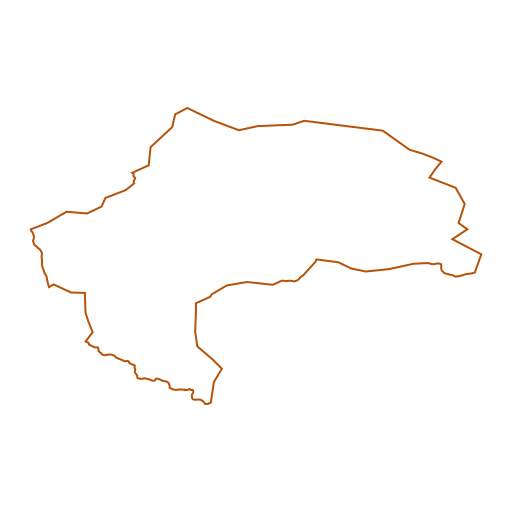 Tu'nel, Hövsgöl, Mongolia (Natural Earth projection)
{"feature_id": "93677404B36184620186836", "entity_name": "Tu'nel", "entity_type": "district", "adm_level": 2, "iso_a3": "MNG", "parent_name": "Mongolia", "parent_adm1": "Hövsgöl", "projection": "natural_earth1", "projection_center": [100.473, 49.769], "detail": "fine", "context": "isolated", "style": "outline", "palette": "amber", "viewbox_px": 512, "rotation_deg": 0, "n_neighbors": 0, "source": "geoboundaries", "source_scale": "gbopen_adm2", "svg_char_len": 5528}
<svg xmlns="http://www.w3.org/2000/svg" viewBox="0 0 512 512"><path d="M30.7,229.4L31.3,231.0L32.4,232.1L33.4,234.6L34.0,236.1L33.7,239.0L33.1,240.5L33.1,241.2L33.5,242.2L33.8,243.2L34.2,244.6L36.8,246.8L38.7,248.6L39.8,249.4L41.1,251.3L41.9,252.8L41.9,254.1L41.7,255.7L41.6,257.7L42.0,259.6L42.1,260.9L42.0,262.6L41.9,263.8L42.3,266.6L42.5,267.3L43.2,269.0L44.0,271.3L44.8,273.6L45.6,274.8L46.6,276.6L46.8,278.4L47.6,282.1L48.4,285.2L49.0,287.1L53.6,284.4L71.0,292.5L84.9,292.9L85.5,312.7L88.2,321.0L92.7,332.2L85.6,341.4L85.9,341.7L86.4,342.0L87.0,342.2L87.7,342.3L88.0,342.4L88.5,342.7L88.9,344.4L90.9,345.5L91.5,345.8L92.0,346.0L92.5,346.3L92.8,346.3L93.1,346.5L93.6,346.9L94.1,347.2L94.5,347.3L95.0,347.4L95.6,347.4L95.9,347.4L96.4,347.3L96.9,347.3L97.4,347.3L97.7,347.4L98.0,347.6L98.2,347.9L98.3,348.1L98.3,348.5L98.3,348.8L98.4,349.1L98.5,349.4L98.6,350.4L98.5,350.7L98.5,351.1L98.6,351.3L98.9,351.5L99.4,351.9L99.8,352.2L100.2,352.5L100.6,352.6L100.8,352.8L101.0,353.0L101.3,353.5L101.5,353.7L102.0,354.2L102.3,354.6L102.5,354.7L102.9,354.9L103.5,355.0L104.0,355.1L104.6,355.2L105.1,355.2L105.4,355.1L105.6,355.1L105.8,355.0L106.2,355.0L106.4,354.9L106.6,354.8L107.0,354.8L107.5,354.8L107.9,354.7L108.4,354.7L108.9,354.6L109.3,354.5L109.7,354.5L110.7,354.5L111.2,354.6L111.7,354.7L112.2,354.8L112.4,354.8L112.9,355.1L113.5,355.4L113.9,355.5L114.3,355.7L114.6,355.9L115.1,356.4L115.5,356.8L115.9,357.3L116.4,357.7L117.0,357.9L117.5,358.1L117.9,358.3L118.6,358.7L119.2,358.9L120.0,359.2L121.0,359.7L121.5,359.8L121.9,359.9L122.3,360.0L122.7,360.3L123.1,360.5L123.5,360.7L123.9,360.9L124.3,361.1L124.8,361.3L125.1,361.3L125.5,361.2L125.9,361.1L126.6,361.0L127.3,361.0L127.9,361.1L128.6,361.4L129.1,361.8L129.2,362.2L129.1,362.7L129.2,362.8L129.3,362.9L129.5,363.0L130.1,363.4L130.5,363.6L130.9,363.8L131.4,364.1L131.7,364.3L132.0,364.4L132.3,364.4L132.9,364.6L134.0,365.1L134.5,365.3L134.7,365.5L134.7,365.9L134.7,366.4L134.7,366.8L134.7,367.3L134.6,367.5L134.6,367.8L134.7,368.2L135.1,368.8L135.2,369.1L135.2,369.7L135.2,370.3L135.0,370.8L134.9,371.0L134.8,371.7L134.9,371.9L134.9,372.2L135.0,372.5L135.3,373.0L135.5,373.4L135.8,373.7L136.0,374.1L136.4,374.4L136.7,374.8L136.9,375.1L137.1,375.5L137.2,375.9L137.2,376.1L137.2,376.6L137.3,377.0L137.4,377.8L137.5,378.0L137.9,378.3L138.4,378.4L138.8,378.5L139.4,378.6L139.9,378.7L140.5,378.8L140.9,378.8L141.3,378.8L141.9,378.8L142.3,378.7L142.7,378.6L143.2,378.6L143.8,378.5L144.4,378.3L145.0,378.3L145.3,378.3L145.9,378.5L146.5,378.7L147.1,378.9L147.7,379.1L148.0,379.2L148.6,379.3L149.1,379.4L149.7,379.5L149.9,379.5L150.4,379.7L150.7,379.8L150.8,379.9L151.2,380.2L151.7,380.5L152.2,380.6L152.6,380.7L153.4,380.7L154.1,380.7L154.5,380.6L154.8,380.4L155.0,380.2L155.4,379.8L155.6,379.4L155.8,379.1L156.3,378.7L156.5,378.6L156.9,378.6L157.0,378.6L157.5,378.7L157.8,378.8L158.4,379.0L159.1,379.2L159.8,379.4L160.4,379.7L160.8,380.0L161.3,380.3L161.6,380.4L162.3,380.7L163.1,380.8L163.8,381.0L164.7,381.1L165.5,381.3L166.3,381.5L166.9,381.7L167.4,382.0L167.8,382.4L168.2,382.7L168.6,383.2L169.0,383.9L169.2,384.6L169.4,385.1L169.7,385.6L169.7,385.9L169.7,386.4L169.7,387.2L169.6,387.7L169.7,387.8L169.9,388.0L170.4,388.2L171.0,388.5L171.7,388.9L172.5,389.2L173.2,389.4L173.8,389.6L174.5,389.7L175.4,389.8L176.4,389.9L176.8,389.9L177.0,389.8L177.3,389.7L178.0,389.7L178.3,389.6L178.7,389.6L179.2,389.6L180.0,389.5L180.9,389.4L181.6,389.3L182.2,389.5L183.2,389.8L184.1,389.7L184.6,389.7L185.0,389.7L185.0,390.0L186.2,390.0L186.9,390.0L187.6,389.9L188.1,389.7L188.5,389.4L188.8,389.2L189.1,389.1L189.5,389.0L189.9,389.1L190.1,389.2L190.2,389.6L190.5,389.8L191.0,389.9L191.6,390.0L191.9,390.0L192.7,390.0L192.8,390.1L193.1,390.4L193.2,391.0L193.2,391.5L193.2,392.1L193.2,392.5L193.1,392.9L193.0,393.0L192.9,393.2L192.8,393.5L192.4,393.9L192.1,394.4L191.9,394.8L191.8,395.1L191.7,395.6L191.8,395.9L191.8,396.2L191.9,396.8L192.0,397.4L192.1,397.9L192.2,398.4L192.4,398.6L192.6,398.9L192.8,399.1L193.1,399.3L193.7,399.6L194.1,399.7L194.8,399.7L195.3,399.7L195.5,399.7L196.1,399.6L197.2,399.7L198.2,399.5L200.2,399.7L201.5,400.2L202.3,400.8L203.1,401.3L204.1,402.4L204.8,403.6L206.1,404.0L207.4,404.0L208.1,403.9L208.9,403.3L209.7,403.1L210.8,402.7L213.9,382.1L221.9,368.7L212.9,359.7L197.3,346.4L195.2,331.8L196.0,309.2L195.9,303.2L210.2,296.8L211.9,294.2L226.7,285.5L247.0,282.0L272.9,284.8L280.7,281.1L281.8,280.7L284.2,280.8L286.2,281.1L287.4,281.0L289.1,280.7L291.0,280.8L293.8,281.3L294.8,281.3L297.5,280.3L299.3,278.6L300.0,277.7L301.0,276.8L303.5,275.0L315.3,262.0L316.4,259.4L338.4,262.3L351.4,268.6L351.5,268.6L366.0,271.5L389.1,269.1L413.3,263.8L424.3,263.2L428.1,263.1L430.6,263.7L431.7,264.1L433.9,264.2L438.4,263.3L441.2,264.3L441.3,266.0L441.1,268.2L441.8,270.5L442.7,271.5L444.4,273.2L449.0,274.4L452.5,275.2L455.3,276.6L459.2,276.2L463.0,275.1L465.8,274.2L471.2,273.5L473.8,272.8L474.8,272.6L481.3,254.3L452.4,239.2L467.3,229.3L458.6,223.0L464.7,204.0L455.6,187.7L455.4,187.7L429.5,177.6L435.2,169.3L435.3,169.2L441.5,161.7L433.2,157.8L422.7,153.7L409.6,149.8L382.8,130.7L304.2,120.8L292.5,124.7L257.8,126.1L238.9,130.2L214.5,121.1L187.3,108.0L175.2,114.3L172.2,127.1L150.6,147.1L148.7,165.3L132.2,172.8L133.0,173.2L133.3,173.7L133.7,174.3L133.7,174.8L133.6,175.1L133.4,175.5L133.4,176.0L133.7,176.5L134.2,177.0L134.7,177.4L135.0,177.7L135.2,178.0L135.2,178.6L134.4,179.6L134.0,180.5L133.7,181.4L133.7,182.3L134.2,183.3L125.7,190.1L105.4,197.9L101.6,206.5L87.0,213.5L66.6,211.7L47.3,223.0L30.7,229.3L30.7,229.4Z" fill="none" stroke="#b45309" stroke-width="2"/></svg>